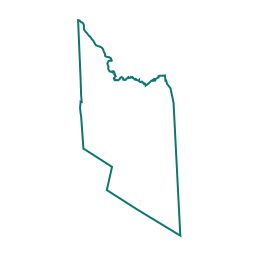 outline of Palauli East, Palauli, Samoa, rotated 177°
{"feature_id": "51752279B87683289177764", "entity_name": "Palauli East", "entity_type": "district", "adm_level": 2, "iso_a3": "WSM", "parent_name": "Samoa", "parent_adm1": "Palauli", "projection": "orthographic", "projection_center": [-172.295, -13.729], "detail": "fine", "context": "isolated", "style": "outline", "palette": "teal", "viewbox_px": 256, "rotation_deg": 177, "n_neighbors": 0, "source": "geoboundaries", "source_scale": "gbopen_adm2", "svg_char_len": 2387}
<svg xmlns="http://www.w3.org/2000/svg" viewBox="0 0 256 256"><g transform="rotate(177 128 128)"><path d="M81.4,17.7L81.2,150.8L83.5,165.4L86.8,170.2L87.1,172.5L87.5,173.5L88.1,173.3L88.2,175.7L88.4,178.6L89.4,178.4L91.0,178.4L93.4,178.5L94.4,178.3L94.9,178.1L94.8,176.9L95.2,176.8L96.4,176.2L97.8,175.5L98.0,175.2L98.3,174.0L98.6,174.0L98.8,174.0L98.8,174.5L99.0,174.8L98.7,175.5L99.3,175.6L99.7,175.1L100.5,174.9L100.8,174.5L100.8,173.8L101.0,173.8L101.2,174.2L101.6,174.2L102.2,173.9L103.0,173.3L104.6,171.8L106.7,170.3L107.6,169.9L108.1,169.5L108.1,170.4L109.1,171.7L109.5,171.8L109.8,171.2L109.9,171.3L110.0,172.1L110.6,172.6L111.2,172.6L111.6,173.6L113.3,173.3L113.6,173.4L114.7,174.4L114.6,175.1L114.9,174.8L115.3,175.0L116.6,175.3L117.1,176.1L117.7,176.5L118.0,175.8L118.3,175.8L118.8,176.1L119.2,176.9L119.7,177.1L120.6,177.8L120.9,178.8L121.3,178.8L122.4,178.1L122.8,178.5L123.0,178.2L124.4,177.9L124.6,178.0L125.0,178.7L125.3,178.4L125.1,178.1L125.2,177.8L126.1,177.7L126.7,177.5L127.5,176.7L127.7,176.3L128.8,176.1L129.4,176.3L130.0,176.4L129.9,176.8L130.3,177.0L130.3,177.6L130.4,178.1L131.0,178.7L131.7,178.9L131.9,179.2L132.8,178.7L133.2,178.3L133.7,177.5L133.8,177.1L134.5,176.8L135.2,176.2L136.2,176.2L136.7,176.6L137.4,176.4L138.7,176.3L139.0,176.6L139.0,177.3L139.3,177.5L139.6,178.2L139.5,178.6L138.7,178.9L138.6,179.4L138.0,179.9L138.0,180.4L137.7,180.5L138.2,181.2L138.3,181.9L138.9,182.1L139.0,182.4L138.4,182.8L138.7,183.4L139.1,184.8L139.5,185.4L139.8,185.5L140.6,185.3L140.8,185.2L140.9,184.7L141.5,185.2L142.0,185.0L142.8,185.2L143.4,185.6L144.6,187.7L144.6,189.4L144.2,190.4L144.6,191.1L145.0,192.3L145.2,193.8L144.1,195.4L143.9,196.0L142.9,196.2L141.9,196.0L141.2,195.9L140.7,196.2L141.4,198.4L142.1,199.1L142.9,199.3L143.3,199.8L144.2,199.8L145.5,200.2L146.7,200.8L147.1,201.3L147.0,202.3L147.3,203.9L148.1,205.2L148.3,206.4L149.1,208.5L149.7,209.3L150.4,210.0L151.5,210.5L152.6,211.1L153.9,211.4L154.9,212.1L155.8,212.4L158.3,217.3L159.8,219.1L160.6,220.7L162.1,222.1L164.4,225.3L165.4,226.4L166.5,228.0L166.8,229.5L166.7,231.5L166.7,233.1L167.3,234.7L168.1,235.7L169.2,236.0L170.1,237.2L171.8,238.3L172.2,238.3L172.8,178.3L173.1,162.9L172.9,157.8L172.9,156.4L174.0,156.8L174.0,156.1L174.8,150.9L174.6,145.7L174.2,142.1L173.6,109.8L146.0,90.0L152.4,67.1L123.6,46.5L113.8,39.8L106.4,34.8L81.4,17.7Z" fill="none" stroke="#0f766e" stroke-width="2"/></g></svg>